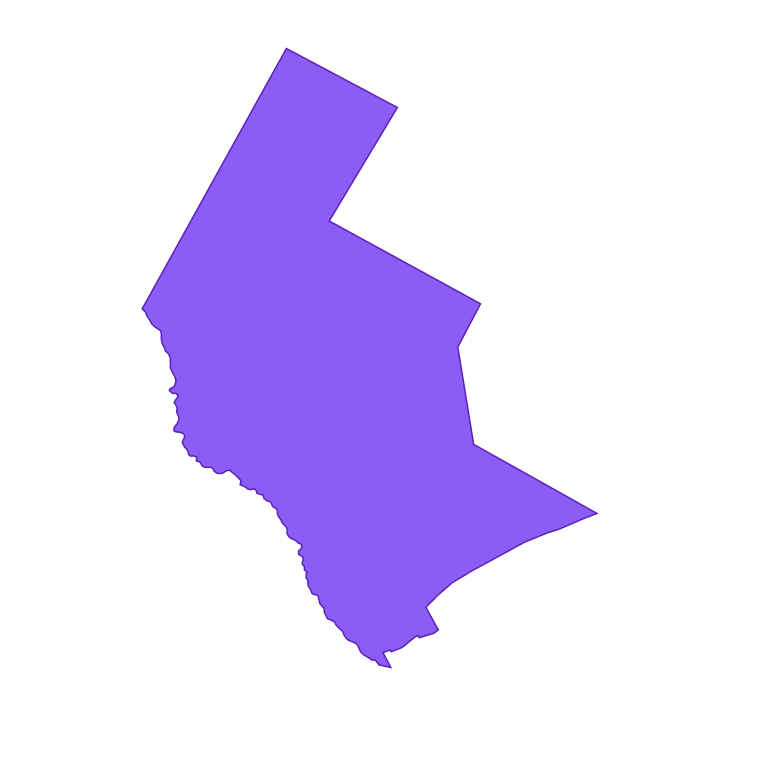 San Martín, Mendoza, Argentina, rotated 298°
{"feature_id": "61730980B45978264735485", "entity_name": "San Martín", "entity_type": "district", "adm_level": 2, "iso_a3": "ARG", "parent_name": "Argentina", "parent_adm1": "Mendoza", "projection": "equal_earth", "projection_center": [-68.452, -32.954], "detail": "fine", "context": "isolated", "style": "filled", "palette": "violet", "viewbox_px": 768, "rotation_deg": 298, "n_neighbors": 0, "source": "geoboundaries", "source_scale": "gbopen_adm2", "svg_char_len": 2475}
<svg xmlns="http://www.w3.org/2000/svg" viewBox="0 0 768 768"><g transform="rotate(298 384 384)"><path d="M634.4,266.0L634.4,140.3L336.7,135.2L335.6,139.6L332.5,143.1L330.5,147.0L328.0,150.8L326.8,154.8L326.6,158.8L326.0,161.9L322.9,164.4L320.5,165.5L318.3,166.9L315.0,169.8L313.0,173.2L310.5,175.4L309.5,179.5L306.9,183.0L303.8,184.6L301.4,186.2L299.8,186.9L298.0,187.8L296.6,189.4L295.5,191.2L293.7,193.6L292.5,195.6L290.0,198.1L288.2,199.2L283.2,199.9L281.0,198.6L279.6,197.3L277.5,197.5L276.5,201.5L278.1,205.3L276.5,208.0L271.6,207.4L269.0,207.4L268.2,209.4L265.8,212.8L263.5,213.2L261.9,214.1L258.9,217.7L257.2,219.3L255.4,219.7L251.6,220.0L248.7,219.4L246.9,219.2L244.0,220.5L244.0,222.8L245.4,225.9L246.0,229.7L245.2,232.1L242.2,233.0L238.1,233.1L236.5,234.9L234.5,238.0L233.8,240.7L232.2,242.9L230.0,244.5L229.6,247.2L231.0,249.2L231.6,253.0L228.1,254.3L228.3,256.6L228.7,258.8L227.1,260.6L226.1,262.6L226.5,265.1L227.5,267.1L229.1,270.0L228.9,273.1L227.2,274.9L226.8,278.9L228.8,282.7L232.0,284.9L234.2,286.2L235.3,288.6L234.6,291.9L233.8,296.0L233.2,298.3L231.5,303.0L227.5,304.3L227.9,308.3L227.9,310.6L227.3,312.6L228.1,315.9L230.7,318.6L230.0,321.0L227.8,323.3L228.4,326.6L229.2,329.3L226.6,331.8L225.9,335.6L226.7,339.1L225.3,340.9L223.5,343.4L223.3,347.6L222.0,349.4L219.8,350.5L217.6,352.8L215.8,356.6L214.3,358.4L213.3,360.2L212.7,362.2L211.9,364.6L209.7,367.3L206.8,368.2L205.0,370.7L204.0,373.4L204.2,376.9L204.4,379.4L203.3,383.6L203.9,386.3L200.3,388.3L196.3,387.0L193.4,388.6L193.4,391.1L193.0,393.3L191.6,395.1L188.2,395.5L186.3,396.8L185.5,399.4L182.6,401.0L181.6,404.4L179.6,404.6L176.4,406.0L175.2,408.4L172.9,410.2L170.9,411.3L169.3,413.1L168.3,415.1L166.8,417.2L165.4,418.5L165.2,421.4L166.3,423.4L165.5,425.6L162.4,428.4L160.0,430.4L157.3,437.2L155.1,437.8L153.0,440.4L150.3,444.1L150.7,449.4L150.5,452.6L148.7,454.7L147.1,459.4L146.3,463.3L143.4,466.9L141.5,470.5L141.1,472.8L141.5,477.1L141.8,480.7L140.8,483.7L139.4,485.4L137.8,487.4L136.3,489.6L135.3,493.5L135.2,495.9L135.0,499.9L134.6,503.4L136.2,505.8L133.6,511.5L136.9,523.1L146.4,509.2L152.1,514.4L150.9,516.1L159.3,523.2L161.5,524.4L172.8,529.1L175.2,530.2L178.0,532.4L176.5,534.2L187.5,545.2L192.4,547.4L206.5,525.8L219.4,529.7L223.2,530.8L240.6,537.6L260.0,549.1L281.1,563.1L297.6,574.0L310.1,582.2L329.3,598.2L338.8,607.4L358.2,622.9L369.7,632.8L371.8,538.6L372.8,491.5L451.3,431.8L500.1,431.6L502.2,259.1L634.4,266.0Z" fill="#8b5cf6" stroke="#5b21b6" stroke-width="1.5"/></g></svg>